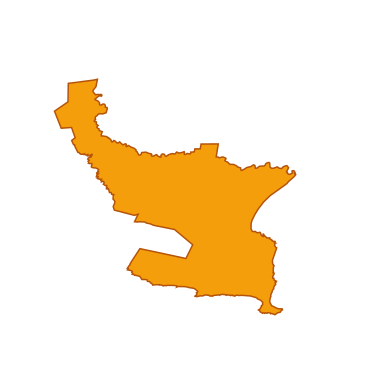 outline of Bahía de Banderas, Nayarit, Mexico, rotated 251°
{"feature_id": "50627088B73050427186978", "entity_name": "Bahía de Banderas", "entity_type": "district", "adm_level": 2, "iso_a3": "MEX", "parent_name": "Mexico", "parent_adm1": "Nayarit", "projection": "equal_earth", "projection_center": [-105.326, 20.829], "detail": "fine", "context": "isolated", "style": "filled", "palette": "amber", "viewbox_px": 384, "rotation_deg": 251, "n_neighbors": 0, "source": "geoboundaries", "source_scale": "gbopen_adm2", "svg_char_len": 6044}
<svg xmlns="http://www.w3.org/2000/svg" viewBox="0 0 384 384"><g transform="rotate(251 192 192)"><path d="M270.9,130.0L272.1,129.5L274.2,125.6L274.4,124.6L275.7,124.8L278.3,126.8L280.0,124.6L280.6,124.3L282.0,124.6L282.9,123.6L284.3,123.2L284.6,123.2L285.5,124.9L287.3,123.6L289.4,124.4L290.0,123.9L290.4,122.7L290.8,122.6L291.5,123.2L292.1,124.5L293.2,124.4L294.6,125.3L295.1,127.1L296.2,128.9L295.7,131.3L294.9,133.0L294.9,136.6L298.6,139.2L299.7,139.1L300.1,137.9L300.5,137.7L302.4,138.2L303.6,137.7L304.2,136.4L303.8,134.2L304.2,133.3L305.2,133.1L306.3,133.6L308.2,133.0L311.0,130.4L311.5,130.7L313.0,134.8L313.0,136.7L312.1,137.2L312.4,138.1L313.2,138.3L314.0,137.6L314.1,136.3L314.9,134.8L315.4,132.4L318.8,131.1L319.6,131.1L320.4,131.8L323.0,135.6L329.4,139.3L329.8,135.6L335.0,110.4L317.6,104.1L313.2,88.3L294.9,89.1L292.2,99.1L281.3,99.2L279.9,95.0L275.3,95.4L275.0,96.2L274.5,96.4L273.3,96.1L266.6,97.0L266.1,98.0L264.2,98.8L263.5,100.1L263.5,100.9L262.8,101.6L263.1,102.9L262.3,102.8L261.2,104.2L261.4,105.6L260.2,105.0L259.8,106.7L260.0,107.8L259.7,107.8L260.3,109.6L260.1,109.8L259.3,109.4L257.8,107.6L258.2,106.3L257.8,104.9L257.1,104.1L255.5,105.2L254.9,103.7L253.0,104.0L252.8,103.6L252.0,104.8L251.7,106.5L250.5,106.4L249.4,105.4L248.3,105.0L247.2,106.2L246.0,108.9L244.4,110.6L243.4,110.9L243.1,110.3L242.2,109.7L241.4,110.1L241.4,108.9L241.0,108.0L240.6,108.0L240.1,109.1L239.6,109.4L239.3,107.8L238.4,107.1L237.8,106.7L237.8,107.3L237.2,108.3L236.5,107.9L236.7,107.0L235.8,106.8L235.4,107.7L234.8,107.6L233.6,110.4L233.2,109.5L232.1,109.7L231.7,110.4L231.1,109.9L231.1,111.4L230.1,112.1L228.7,111.5L228.2,110.7L226.3,112.2L226.0,113.4L225.3,113.4L224.5,112.8L223.8,113.1L223.5,112.4L222.9,112.1L222.2,113.3L222.6,113.4L222.4,114.1L218.4,113.8L217.8,115.4L216.0,115.3L215.3,116.7L215.2,116.1L214.6,116.6L211.0,115.0L208.4,116.1L206.0,114.8L205.2,113.8L203.7,112.7L200.1,112.7L188.7,129.9L188.5,133.8L182.6,128.0L181.3,130.8L181.0,132.6L178.9,137.8L177.6,138.6L175.4,142.3L173.1,144.7L162.2,163.3L141.9,175.5L131.1,164.6L155.4,124.3L146.1,112.3L144.0,109.9L143.1,109.4L143.2,109.1L141.1,106.2L140.9,106.9L140.3,106.9L139.4,105.6L137.3,109.1L136.2,109.7L135.6,108.9L134.2,109.5L133.7,108.7L132.7,110.3L132.2,110.4L132.0,110.0L132.0,110.5L131.4,111.9L129.2,115.2L125.6,116.1L124.4,119.5L123.3,121.1L122.0,120.8L121.0,122.9L119.6,123.1L118.6,124.2L116.7,124.6L116.3,127.0L114.9,131.0L114.6,131.0L114.1,132.8L112.6,134.1L112.7,135.0L111.8,137.1L112.0,137.5L109.7,144.1L108.2,147.1L107.7,147.2L107.1,146.6L107.2,148.0L105.0,154.0L103.6,156.9L103.0,157.4L100.4,162.2L99.3,163.3L96.4,165.0L95.9,165.0L95.5,164.4L95.2,163.3L94.3,163.6L93.6,163.3L93.0,162.6L93.0,161.6L92.5,160.9L91.5,162.3L91.1,166.1L90.5,167.4L90.2,169.4L90.5,169.9L89.8,172.6L89.3,173.1L88.7,174.6L88.1,174.7L87.5,175.7L87.4,176.9L86.9,177.2L86.8,177.8L87.2,178.5L86.0,183.8L85.3,184.5L85.7,185.3L85.3,187.3L84.3,189.7L83.3,190.6L83.7,191.2L83.6,191.6L83.2,191.7L82.7,192.6L82.3,192.5L82.6,192.7L82.5,193.6L81.4,194.9L81.7,195.4L81.4,196.5L81.1,196.5L80.7,196.9L80.7,197.5L79.8,198.1L79.6,198.8L80.0,199.2L80.0,199.7L79.5,201.7L79.0,202.3L78.0,205.7L74.6,213.5L71.2,218.3L70.3,219.0L69.6,219.1L67.3,221.7L64.8,222.9L62.4,222.1L61.9,220.6L61.0,220.3L60.2,219.1L59.4,218.6L58.8,216.4L57.4,217.5L56.6,217.4L55.3,218.4L55.0,219.0L54.4,219.2L54.4,220.7L53.6,221.2L53.7,222.3L52.9,223.4L53.2,224.1L53.0,224.9L52.1,226.5L51.3,226.7L51.4,227.4L51.0,228.0L49.0,230.5L49.9,233.6L49.6,236.3L50.8,237.8L51.2,239.2L52.2,239.2L53.1,236.5L54.1,234.8L58.7,230.2L63.0,229.7L66.4,231.5L67.6,232.6L69.0,232.9L71.1,234.9L73.2,236.4L73.9,237.8L74.8,238.0L76.6,239.5L77.3,241.0L79.4,241.2L79.4,241.9L79.9,241.7L80.2,242.7L82.2,240.9L83.7,241.3L84.1,240.4L86.1,240.8L86.4,241.7L88.3,243.2L88.6,242.4L89.5,242.4L89.8,243.0L91.0,243.1L94.4,244.5L95.6,245.6L96.2,245.1L97.0,245.3L97.7,244.8L101.2,245.8L111.6,253.9L112.2,253.3L114.6,252.7L115.8,253.4L116.4,253.3L116.7,253.6L116.6,254.3L117.3,253.7L118.0,254.3L118.1,253.5L118.7,253.5L118.7,252.9L119.7,252.1L120.1,252.2L120.3,251.6L121.2,251.4L122.4,250.3L123.3,250.6L124.1,248.0L127.1,246.3L128.9,245.9L129.1,244.7L128.8,245.8L127.8,246.1L127.6,245.5L127.4,246.1L126.9,246.2L126.7,245.0L127.1,244.3L128.5,243.6L128.8,244.1L128.7,243.5L129.1,243.3L130.8,243.5L131.7,243.2L132.3,240.2L134.2,238.9L134.5,237.1L135.3,236.2L137.9,235.8L143.0,237.7L145.6,239.4L150.6,244.5L154.3,249.0L159.2,256.4L163.1,264.6L169.0,284.3L170.4,286.6L173.3,293.6L174.6,295.7L176.0,295.7L175.7,295.1L176.3,294.9L176.9,295.4L178.3,295.7L179.3,294.6L179.3,293.4L177.3,293.1L176.8,290.5L177.3,289.1L178.6,288.3L179.5,288.6L180.2,287.9L183.5,291.2L185.7,290.5L186.2,289.9L186.2,286.7L185.0,284.3L186.1,282.2L188.0,280.8L187.9,277.5L188.3,275.4L189.3,274.3L190.3,273.9L194.1,274.9L194.9,274.4L195.1,272.1L194.5,270.7L193.6,270.0L193.1,268.7L194.4,264.2L193.4,261.3L193.9,259.7L196.6,260.1L197.7,259.0L196.9,255.9L197.3,251.7L196.6,249.0L196.2,246.0L196.8,245.4L199.0,245.8L200.8,243.3L202.2,242.7L204.6,240.2L205.8,236.8L208.7,235.4L210.2,233.7L211.2,233.3L212.4,235.0L213.0,234.9L214.9,232.9L215.3,231.7L215.3,229.3L216.6,227.9L217.3,226.3L228.9,232.5L234.4,216.2L230.1,213.8L231.8,208.8L229.2,207.2L230.1,203.8L229.4,203.8L228.6,202.4L230.0,200.1L229.7,197.9L229.9,197.3L230.7,197.0L232.0,197.8L232.7,197.7L232.6,194.9L232.9,194.1L233.0,192.2L234.7,190.7L234.6,190.1L233.6,188.6L233.7,187.5L234.6,186.2L234.9,184.9L234.9,181.9L234.1,179.1L234.9,178.3L236.6,178.2L237.7,176.2L236.9,174.6L235.4,174.2L235.2,173.4L237.5,171.1L238.2,171.1L239.0,170.4L238.5,167.0L238.9,165.8L239.8,165.6L240.7,166.2L241.3,165.9L242.7,163.6L244.7,161.4L245.7,157.2L244.0,156.0L243.8,155.0L244.4,153.7L248.2,153.1L249.1,152.4L250.1,152.8L252.2,151.5L254.7,148.6L256.5,147.3L256.7,146.7L256.2,145.5L256.5,144.7L257.3,144.7L258.5,145.4L259.1,145.0L259.3,144.0L259.0,142.1L262.2,140.1L262.7,140.1L263.0,139.7L262.5,138.6L262.7,137.1L265.6,135.6L266.2,134.8L265.3,133.4L265.6,132.5L268.2,132.2L269.9,130.8L270.5,130.9L270.9,130.0Z" fill="#f59e0b" stroke="#b45309" stroke-width="1.5"/></g></svg>